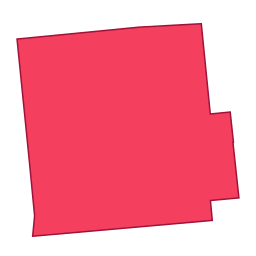 outline of Bond, Illinois, United States of America, rotated 175°
{"feature_id": "52423323B7172097190343", "entity_name": "Bond", "entity_type": "district", "adm_level": 2, "iso_a3": "USA", "parent_name": "United States of America", "parent_adm1": "Illinois", "projection": "orthographic", "projection_center": [-89.477, 38.884], "detail": "fine", "context": "isolated", "style": "filled", "palette": "rose", "viewbox_px": 256, "rotation_deg": 175, "n_neighbors": 0, "source": "geoboundaries", "source_scale": "gbopen_adm2", "svg_char_len": 325}
<svg xmlns="http://www.w3.org/2000/svg" viewBox="0 0 256 256"><g transform="rotate(175 128 128)"><path d="M232.4,28.5L52.1,28.6L52.2,48.6L23.6,48.7L24.7,104.5L24.2,104.5L24.8,135.0L44.8,134.8L45.9,225.5L108.0,227.5L230.8,226.3L229.2,105.1L228.7,48.6L232.4,28.5Z" fill="#f43f5e" stroke="#9f1239" stroke-width="1.5"/></g></svg>